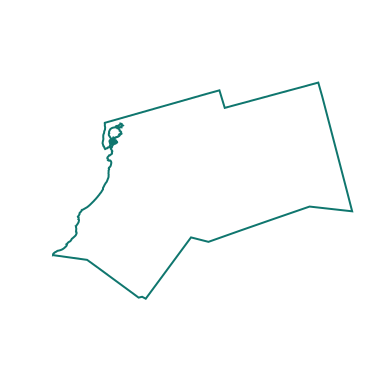 Magallanes, Santa Cruz, Argentina (Equal Earth projection), rotated 165°
{"feature_id": "61730980B60081089408424", "entity_name": "Magallanes", "entity_type": "district", "adm_level": 2, "iso_a3": "ARG", "parent_name": "Argentina", "parent_adm1": "Santa Cruz", "projection": "equal_earth", "projection_center": [-67.392, -48.773], "detail": "fine", "context": "isolated", "style": "outline", "palette": "teal", "viewbox_px": 384, "rotation_deg": 165, "n_neighbors": 0, "source": "geoboundaries", "source_scale": "gbopen_adm2", "svg_char_len": 5766}
<svg xmlns="http://www.w3.org/2000/svg" viewBox="0 0 384 384"><g transform="rotate(165 192 192)"><path d="M41.5,250.4L41.7,265.0L138.6,264.8L139.2,283.1L153.1,283.0L258.3,281.4L258.6,280.6L258.6,280.0L258.8,279.4L259.0,278.8L259.1,278.3L259.1,277.6L259.2,276.7L259.7,275.4L259.9,274.8L261.0,273.4L261.4,272.5L261.5,272.1L261.7,271.7L261.9,271.4L262.0,271.3L262.5,270.7L262.9,270.0L263.1,269.5L263.6,267.7L263.8,266.5L263.9,266.1L264.4,265.0L264.7,264.6L265.1,263.7L265.3,263.4L265.5,262.9L265.8,262.0L265.7,261.3L265.7,259.3L265.6,259.1L265.3,258.9L265.2,258.7L265.2,258.2L265.2,257.7L264.9,256.2L264.8,255.9L264.6,255.9L263.5,256.3L262.9,256.2L262.4,256.2L262.3,256.5L261.4,256.9L260.7,256.7L259.1,256.6L259.1,257.1L259.5,257.7L259.4,258.0L258.7,258.5L258.6,258.9L258.6,259.6L258.6,261.2L258.6,262.4L258.3,262.9L257.6,263.4L256.5,263.6L255.9,263.7L256.0,264.1L256.6,265.1L257.5,268.1L257.6,268.6L257.3,269.7L256.7,270.2L256.8,270.8L256.5,271.7L255.6,272.9L254.4,274.0L252.8,274.5L251.6,274.6L251.0,274.5L250.2,274.5L249.7,274.3L249.2,274.2L248.6,275.1L247.8,275.3L247.4,275.3L246.7,275.1L246.2,275.1L244.8,275.6L244.3,275.8L243.8,276.1L243.5,276.6L243.2,276.3L243.2,276.0L243.0,275.8L242.7,276.2L242.3,276.0L242.3,275.3L242.0,274.5L241.6,274.3L241.5,274.1L242.0,274.0L242.7,274.0L243.4,273.7L243.4,272.7L244.4,272.9L245.0,273.2L245.5,273.5L247.0,273.5L247.3,273.2L248.3,273.3L248.0,273.1L246.7,272.4L246.5,272.1L245.9,270.9L245.9,270.4L246.1,269.9L245.3,269.1L244.9,268.2L245.0,267.8L245.2,267.5L245.3,267.1L245.5,266.7L246.0,266.9L246.1,266.6L245.6,266.3L246.1,266.1L246.1,266.3L246.6,266.5L247.2,266.6L247.4,266.5L247.1,266.0L247.3,265.3L247.8,265.0L248.0,265.1L248.4,264.8L249.0,264.9L249.2,264.6L249.5,264.4L250.2,264.5L250.5,264.6L251.1,264.7L251.6,264.2L252.3,264.1L252.9,264.3L253.2,264.5L253.4,264.5L253.4,264.8L253.5,265.0L253.9,265.1L254.1,264.9L254.3,264.4L254.3,264.2L254.0,263.7L253.7,263.3L253.6,262.9L253.7,262.7L253.2,262.5L252.8,262.1L252.7,261.9L252.3,261.7L252.1,261.5L252.1,261.3L251.9,260.9L251.6,259.8L251.4,259.7L251.4,259.4L251.5,259.3L251.6,259.2L252.0,259.3L252.1,259.2L252.4,259.1L252.7,258.8L253.1,258.6L254.1,258.5L254.4,258.6L255.2,258.5L255.4,258.3L255.7,258.3L255.8,258.2L256.3,257.8L256.9,257.5L257.1,257.0L257.3,256.8L257.6,256.5L257.6,256.3L257.8,256.2L258.0,255.7L258.4,255.6L258.9,255.5L259.1,255.4L259.2,254.6L258.4,252.3L258.4,252.0L258.6,251.7L258.9,251.7L259.1,251.5L259.1,250.9L259.1,250.4L259.4,249.7L259.9,249.6L260.1,249.4L260.8,249.1L261.2,249.0L261.7,248.7L262.4,248.9L262.5,248.8L262.6,248.6L262.9,248.6L263.1,248.4L263.7,247.9L264.0,247.8L264.7,247.3L264.9,246.9L265.0,246.7L265.1,246.2L264.9,246.0L264.7,245.8L264.6,245.6L264.4,245.1L264.3,244.5L264.3,244.4L264.7,244.2L264.4,243.9L263.6,243.7L263.4,243.5L263.2,243.5L262.9,243.6L262.7,243.4L262.5,243.0L262.4,242.7L262.3,242.4L262.3,241.8L262.4,241.0L262.6,240.6L263.1,239.5L263.4,239.0L264.1,238.0L264.5,237.6L265.0,237.4L265.9,237.0L266.0,236.9L266.1,236.5L266.2,236.4L266.3,236.3L266.1,235.7L266.3,235.1L266.5,234.9L266.8,234.7L267.0,234.4L267.1,233.9L267.3,233.2L267.4,232.8L267.9,231.5L268.0,230.2L268.2,229.8L268.3,229.6L268.5,228.8L268.7,228.2L268.9,227.8L269.5,226.9L270.1,226.2L270.3,225.8L271.0,224.9L271.7,224.0L271.8,223.9L272.4,223.4L273.3,222.8L273.6,222.4L274.3,221.8L275.2,220.8L275.5,220.4L276.0,219.9L276.5,219.3L276.8,219.1L277.0,218.7L277.2,218.0L277.3,217.6L277.7,217.3L278.3,216.7L278.9,216.2L279.9,215.2L281.5,214.1L282.1,213.5L283.7,212.4L283.8,212.3L284.2,212.0L284.6,211.7L285.5,211.1L287.1,210.0L287.8,209.6L288.3,209.3L289.0,208.8L290.4,208.0L293.9,206.0L295.1,205.4L297.1,204.5L298.2,204.2L300.8,203.5L301.6,203.3L302.5,203.1L302.9,203.2L303.3,203.0L303.4,202.6L303.9,202.1L304.8,201.5L305.8,201.0L306.2,200.5L306.2,200.0L306.4,199.7L306.6,199.4L306.8,199.2L307.2,198.9L307.3,198.7L307.7,198.4L307.9,198.1L308.6,197.8L308.6,197.7L308.6,197.4L308.3,197.3L308.2,197.1L308.1,196.7L308.2,196.2L308.4,195.6L308.6,195.3L308.8,195.1L308.5,194.7L308.4,194.4L308.5,194.0L308.6,193.6L309.0,192.9L309.2,192.6L309.3,192.3L309.4,192.1L309.9,191.6L310.4,191.2L310.6,191.0L310.7,190.9L311.0,190.5L311.3,190.3L312.3,189.6L312.9,189.0L313.0,189.0L312.9,188.6L313.1,188.3L313.2,187.7L313.2,187.3L313.3,186.3L313.7,185.4L314.0,184.5L314.2,184.1L314.0,183.8L314.0,183.7L314.1,183.4L314.3,183.1L314.2,182.7L314.0,182.3L314.1,182.1L314.4,181.6L314.7,181.3L314.9,181.1L315.0,180.8L315.2,180.6L315.7,180.2L315.9,180.0L317.0,179.4L318.8,178.5L319.6,178.1L320.2,177.9L320.8,177.2L321.7,176.4L322.3,176.0L322.6,175.9L324.2,175.5L325.0,175.1L325.4,174.8L325.7,174.6L326.3,174.2L326.6,174.1L326.4,173.9L326.3,173.7L326.9,172.8L327.4,172.3L328.0,171.9L328.4,171.8L329.2,171.3L329.8,171.0L331.0,170.5L332.5,170.1L333.2,170.0L334.2,169.9L335.1,169.9L336.0,169.9L337.1,170.0L337.5,169.9L338.2,169.6L338.9,169.4L339.5,169.4L340.4,169.0L341.0,168.8L341.2,168.6L341.9,168.3L342.0,168.1L342.4,167.6L342.5,167.3L342.4,167.1L342.5,166.9L342.4,166.9L310.9,153.6L303.0,143.9L270.9,103.8L267.3,103.7L264.3,100.9L204.7,148.4L189.0,139.6L154.6,142.3L120.6,144.8L82.2,147.5L42.3,131.9L42.1,153.9L41.5,250.4ZM256.5,258.6L256.9,258.4L256.7,258.1L256.2,258.3L256.1,258.5L255.9,258.6L255.7,258.5L254.9,258.7L254.4,258.7L254.1,258.8L253.7,258.8L253.4,258.7L253.3,258.8L253.1,259.0L252.6,259.1L252.3,259.3L252.3,259.5L252.9,260.0L253.2,260.2L253.6,260.3L253.9,260.4L254.1,260.7L254.3,260.6L254.7,260.5L254.8,260.6L255.3,260.5L256.0,259.8L256.1,259.1L256.5,258.6ZM256.6,262.1L257.0,261.8L257.5,261.5L257.6,261.3L257.7,261.1L257.6,260.7L257.4,260.5L257.3,260.3L257.2,260.2L256.7,260.3L256.4,260.6L256.1,261.1L255.6,261.5L255.2,261.7L255.1,261.9L255.2,262.1L255.5,262.1L255.5,262.3L255.8,262.4L256.1,262.3L256.4,262.3L256.6,262.1Z" fill="none" stroke="#0f766e" stroke-width="2"/></g></svg>